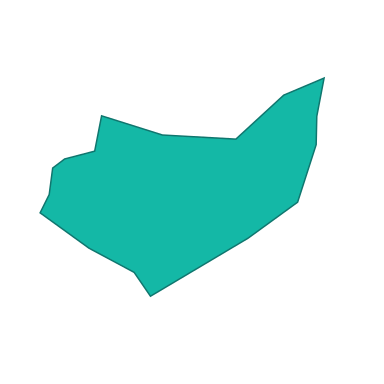 Oldham, Natural Earth projection, rotated 168°
{"feature_id": "GBR-5681", "entity_name": "Oldham", "entity_type": "Metropolitan Borough", "adm_level": 1, "iso_a3": "GBR", "parent_name": "United Kingdom", "parent_adm1": "", "projection": "natural_earth1", "projection_center": [-2.045, 53.542], "detail": "fine", "context": "isolated", "style": "filled", "palette": "teal", "viewbox_px": 384, "rotation_deg": 168, "n_neighbors": 0, "source": "natural_earth", "source_scale": "10m", "svg_char_len": 380}
<svg xmlns="http://www.w3.org/2000/svg" viewBox="0 0 384 384"><g transform="rotate(168 192 192)"><path d="M60.7,212.5L90.8,160.1L146.7,135.2L254.3,98.7L265.3,125.4L304.4,158.4L344.9,203.2L332.2,219.2L323.3,244.4L309.7,250.8L278.7,252.2L264.6,285.3L209.1,253.9L138.1,234.6L82.1,267.7L39.1,276.0L54.2,240.1L60.7,212.5Z" fill="#14b8a6" stroke="#0f766e" stroke-width="1.5"/></g></svg>